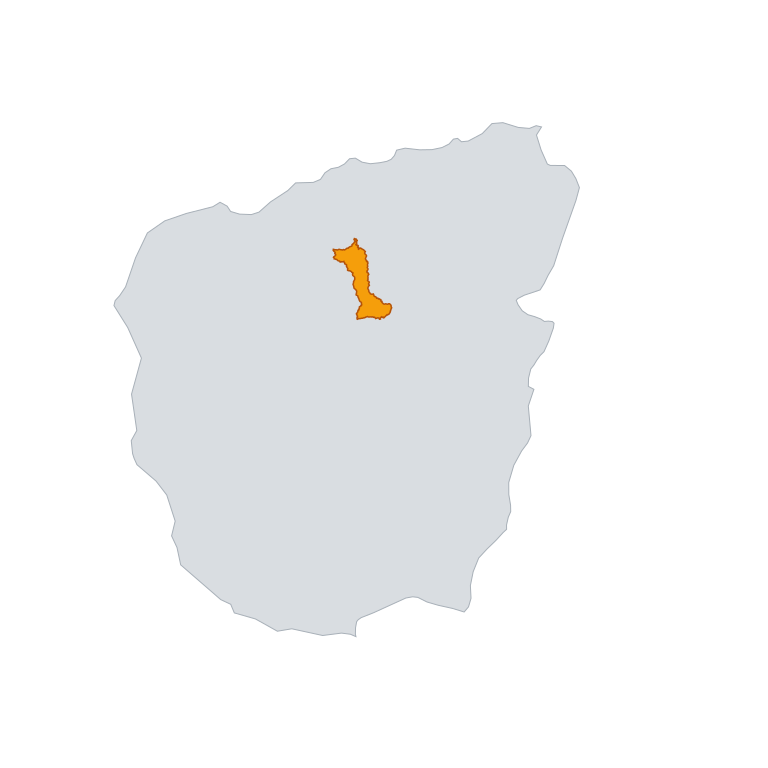 location of Guichón, Paysandú, Uruguay, rotated 65°
{"feature_id": "84410073B13799426117968", "entity_name": "Guichón", "entity_type": "district", "adm_level": 2, "iso_a3": "URY", "parent_name": "Uruguay", "parent_adm1": "Paysandú", "projection": "robinson", "projection_center": [-56.915, -32.321], "detail": "fine", "context": "in_parent", "style": "filled", "palette": "amber", "viewbox_px": 768, "rotation_deg": 65, "n_neighbors": 0, "source": "geoboundaries", "source_scale": "gbopen_adm2", "svg_char_len": 7588}
<svg xmlns="http://www.w3.org/2000/svg" viewBox="0 0 768 768"><g transform="rotate(65 384 384)"><path d="M601.1,516.2L596.6,520.2L591.8,527.8L586.0,545.9L566.9,571.0L563.0,585.1L542.6,599.8L528.2,616.4L518.9,616.0L510.4,623.1L462.0,644.7L444.7,640.7L431.9,640.7L420.0,631.2L392.8,627.8L375.7,631.6L352.7,642.0L345.8,641.9L340.9,641.3L328.5,637.0L321.7,627.7L286.5,617.1L258.0,592.9L224.5,592.4L198.8,595.6L194.8,592.4L192.2,586.2L186.8,577.2L164.6,555.8L147.1,534.6L143.5,513.7L145.9,491.1L151.0,464.2L150.0,455.8L156.5,451.0L162.8,450.1L169.0,443.1L174.4,432.6L175.4,424.7L171.0,409.9L168.0,389.3L164.4,379.1L171.4,362.9L171.7,355.1L167.6,348.2L166.5,341.1L168.3,333.8L167.9,326.8L165.3,320.0L167.2,314.5L173.7,310.1L178.6,303.3L181.7,294.2L183.4,287.3L183.4,282.5L181.4,278.0L177.4,273.7L179.2,265.2L186.9,252.6L191.9,241.4L194.2,231.6L194.0,223.6L191.4,217.6L192.5,213.5L197.2,211.4L199.4,205.0L198.6,189.2L193.6,176.1L197.4,165.8L208.2,153.9L213.8,144.2L214.2,136.9L217.6,132.6L222.8,140.6L238.2,142.7L253.7,143.0L256.2,140.9L262.3,128.0L270.3,124.2L279.0,123.3L288.6,123.9L298.8,132.5L327.5,160.7L348.5,180.2L354.9,189.4L360.5,196.3L364.7,202.7L362.8,219.4L363.1,226.7L364.1,228.8L368.9,229.0L376.0,227.8L382.0,224.3L386.7,218.9L391.3,214.5L395.1,212.2L396.4,208.6L398.6,205.0L400.8,204.2L404.9,206.9L414.7,216.5L422.3,225.3L424.1,230.3L427.1,235.6L430.2,240.2L432.4,244.6L439.7,250.5L447.2,254.2L452.2,250.4L464.9,262.5L492.9,272.6L498.1,278.8L502.8,287.5L512.5,300.7L526.0,312.6L536.9,317.6L547.3,320.5L553.2,323.1L557.2,327.6L563.5,332.5L567.5,334.3L568.9,338.7L572.9,348.3L577.1,360.4L581.7,371.7L591.8,382.5L603.2,390.9L615.0,395.7L621.7,401.6L624.5,407.7L616.3,416.8L607.5,428.3L599.7,437.2L591.7,443.5L589.0,447.9L587.2,454.6L586.9,490.1L586.1,503.4L586.7,506.9L587.8,509.2L592.7,512.7L598.7,515.7L601.1,516.2Z" fill="#d9dde1" stroke="#a8b0b8" stroke-width="1"/><path d="M282.7,354.7L282.4,354.2L281.8,354.2L281.2,353.6L280.1,353.4L279.4,353.0L279.1,352.6L278.7,352.5L278.4,351.9L278.3,351.5L277.7,351.4L277.0,351.6L276.5,351.5L276.1,351.9L275.8,351.8L275.2,352.2L274.3,351.6L274.3,351.2L273.9,350.9L273.7,350.4L273.1,349.9L272.4,349.8L271.9,350.0L271.4,350.0L270.9,349.6L270.4,348.9L269.4,348.8L268.7,348.5L268.2,348.0L267.9,347.6L267.5,347.6L266.7,347.1L266.2,347.2L265.8,347.5L265.8,347.9L265.5,348.0L264.8,347.5L264.1,347.9L263.4,348.0L262.6,347.9L261.3,346.6L260.6,345.7L260.0,345.6L259.4,345.7L258.3,346.2L257.2,346.2L256.8,345.9L256.0,344.9L255.6,345.1L255.1,345.4L254.1,345.6L252.6,346.6L252.1,347.1L251.2,347.5L250.9,347.7L250.8,349.3L251.0,349.8L251.1,350.1L250.8,350.2L250.5,350.1L249.9,349.5L249.6,349.3L248.9,350.1L248.7,350.1L248.1,349.1L247.9,348.9L247.5,349.0L246.8,349.5L246.6,349.7L246.6,350.2L246.3,350.3L246.0,350.6L245.8,350.6L245.6,350.5L245.5,350.0L245.2,349.4L244.4,349.0L243.6,349.0L243.2,348.8L243.0,348.4L243.0,348.1L242.9,347.8L242.8,347.7L242.6,347.6L242.3,347.6L242.0,348.0L241.6,348.0L240.6,348.1L240.5,348.8L239.7,349.4L240.3,350.0L240.5,350.2L240.8,350.1L241.0,349.8L241.2,349.6L241.6,349.6L242.0,349.9L242.7,350.2L242.9,350.3L242.9,351.0L243.3,351.5L243.7,352.0L243.8,352.9L244.1,353.3L244.1,354.0L245.2,354.6L245.4,355.1L245.2,356.9L245.4,358.3L245.8,358.9L245.8,359.3L245.4,359.7L245.3,360.4L245.6,361.4L245.8,362.5L245.8,363.2L245.0,363.9L245.0,364.4L245.1,364.8L243.9,366.6L242.9,367.8L242.9,369.1L242.8,369.8L242.0,370.7L241.8,371.3L241.6,371.9L240.9,372.4L240.5,373.0L241.3,373.5L241.5,373.6L242.5,373.3L243.4,372.9L243.9,372.7L244.2,372.7L244.3,372.7L244.5,373.1L244.7,373.3L245.1,373.5L245.5,373.2L246.3,373.1L246.8,373.4L247.4,374.8L247.5,375.8L247.9,376.3L248.9,375.9L249.0,375.9L249.6,376.2L249.9,375.5L250.5,375.2L251.1,374.2L252.5,373.8L253.0,373.4L253.7,372.5L254.0,372.2L254.8,372.3L255.3,371.5L255.1,371.2L255.3,370.5L255.9,369.7L255.9,368.9L255.9,368.6L256.3,368.7L256.7,368.7L257.5,368.4L257.8,368.6L258.3,368.8L258.6,368.8L258.9,368.5L259.0,368.3L259.3,368.1L259.7,367.9L260.0,367.6L260.4,367.6L260.5,367.6L260.8,368.0L261.5,368.3L261.9,368.3L262.3,368.1L262.5,368.1L262.9,368.3L263.4,368.1L263.8,368.0L264.2,368.0L264.6,368.4L265.2,368.8L265.3,368.9L265.6,368.9L265.9,368.7L266.2,368.3L266.4,368.0L266.7,367.8L266.8,367.2L267.4,366.8L268.0,366.3L268.4,366.1L269.1,366.0L269.6,365.7L269.9,365.3L270.0,365.2L270.5,365.4L271.0,366.0L271.6,366.3L271.8,366.3L272.4,366.4L273.0,366.2L273.6,365.8L274.3,365.6L274.5,365.5L274.9,365.5L275.9,365.9L276.0,365.9L276.6,366.2L276.8,366.3L277.0,366.5L278.3,368.3L278.6,368.5L278.8,368.5L279.7,369.1L280.4,369.8L280.6,369.9L280.8,370.0L281.2,370.0L281.4,370.0L282.3,370.1L284.4,370.6L284.7,370.6L286.3,369.8L286.5,369.8L286.6,369.7L288.0,369.5L288.5,369.6L290.2,370.7L290.3,370.7L290.4,370.9L290.8,371.3L291.4,371.5L291.5,371.6L291.9,371.4L292.5,370.8L292.7,370.7L292.9,370.6L293.3,370.5L293.5,370.6L294.1,370.8L294.4,370.8L295.9,370.8L296.1,370.8L297.8,371.0L299.0,370.9L299.4,370.7L299.6,370.5L300.2,370.2L300.4,370.1L300.5,370.0L301.0,370.2L301.4,370.3L301.6,370.4L301.7,370.6L302.0,370.8L302.5,370.6L302.7,370.8L303.0,370.9L303.1,371.2L303.4,371.5L303.2,371.9L303.3,372.1L303.5,372.4L303.6,372.8L303.6,373.0L303.6,373.6L303.9,373.8L304.2,374.0L304.3,374.1L304.5,374.1L304.9,374.3L305.0,374.4L305.2,374.5L305.5,374.7L305.5,374.9L305.4,375.0L305.5,375.4L305.6,375.5L305.8,375.6L306.0,375.6L306.2,376.2L306.4,376.3L306.6,376.2L306.7,376.6L306.7,376.8L306.9,376.9L307.2,377.1L307.5,377.3L307.6,377.5L307.9,377.7L308.0,377.8L308.2,378.3L308.2,378.5L308.4,379.0L308.5,379.2L308.7,379.3L308.9,379.4L309.2,379.4L309.3,379.3L309.5,379.2L309.8,379.3L310.1,379.4L310.3,379.4L310.8,379.5L311.1,379.3L311.3,379.4L311.4,379.6L311.6,379.7L311.9,379.6L312.1,379.7L312.2,379.9L312.5,380.0L312.6,380.5L313.0,380.5L313.1,380.4L313.3,380.5L313.4,380.8L313.6,381.0L314.0,381.1L314.2,381.3L314.1,381.0L314.2,380.5L313.9,380.1L313.8,379.8L313.9,379.6L314.0,379.5L314.2,379.2L314.3,378.9L314.3,378.7L314.6,378.1L314.8,377.3L314.9,376.7L315.0,376.3L315.2,376.0L315.3,375.8L315.4,375.2L315.4,374.5L315.4,374.3L315.5,374.2L315.8,373.6L315.7,373.2L315.8,372.8L315.8,372.5L315.7,372.3L315.6,372.1L315.7,371.7L315.8,371.3L315.8,370.9L315.9,370.6L315.9,370.4L316.1,370.3L316.2,370.2L316.4,370.1L316.5,370.0L316.9,369.4L317.0,369.1L317.3,368.4L317.4,368.1L317.5,367.7L317.7,367.4L318.0,366.8L318.2,366.7L318.3,366.1L318.3,365.9L318.8,365.4L319.1,365.4L319.2,365.2L319.3,365.0L319.4,364.6L319.5,364.3L319.7,364.2L320.1,364.2L320.6,364.0L320.8,363.8L321.2,363.8L321.2,363.7L321.2,363.4L321.2,362.9L321.3,362.8L321.3,362.4L321.4,362.1L321.4,361.6L321.6,361.4L322.0,361.0L322.1,360.8L322.2,360.7L322.6,360.6L323.0,360.8L323.2,360.7L323.4,360.7L323.5,360.6L323.6,359.9L322.9,359.9L322.0,358.0L322.8,357.7L323.0,357.6L322.8,356.6L324.0,356.2L322.5,352.0L322.9,351.8L322.9,351.2L322.7,350.8L322.7,349.7L322.0,348.8L321.8,348.3L321.3,348.1L321.1,347.6L320.4,347.3L319.9,346.6L319.0,346.0L318.9,345.6L318.1,344.8L317.2,344.9L315.8,344.4L314.8,344.5L313.6,345.1L313.2,346.0L313.3,347.0L312.0,348.6L311.8,349.9L311.2,350.6L309.4,351.3L309.0,351.4L308.3,350.9L308.0,351.0L307.6,351.7L307.1,351.6L306.2,351.2L306.0,351.3L305.7,351.9L305.1,352.2L304.8,352.3L304.7,353.0L304.4,353.2L303.9,353.1L303.4,353.5L303.2,354.4L301.7,354.5L301.0,355.0L300.7,355.6L300.1,355.8L299.3,355.7L298.7,355.6L297.9,355.6L297.8,356.0L297.6,357.0L296.5,358.3L295.5,358.3L294.7,358.5L293.9,358.7L292.7,358.2L291.4,358.2L290.9,358.4L290.0,358.0L288.7,356.5L288.5,355.6L288.1,355.5L287.7,355.6L287.1,355.8L286.3,355.4L286.1,354.8L285.5,354.3L284.7,354.4L283.7,355.1L283.2,355.2L282.7,354.7Z" fill="#f59e0b" stroke="#b45309" stroke-width="1.5"/></g></svg>